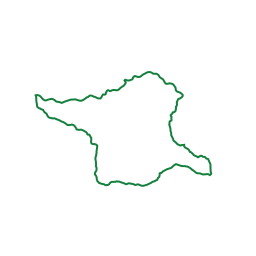 Chhubu, Punakha, Bhutan, rotated 125°
{"feature_id": "84629894B89279896100925", "entity_name": "Chhubu", "entity_type": "district", "adm_level": 2, "iso_a3": "BTN", "parent_name": "Bhutan", "parent_adm1": "Punakha", "projection": "natural_earth1", "projection_center": [89.837, 27.663], "detail": "fine", "context": "isolated", "style": "outline", "palette": "green", "viewbox_px": 256, "rotation_deg": 125, "n_neighbors": 0, "source": "geoboundaries", "source_scale": "gbopen_adm2", "svg_char_len": 5893}
<svg xmlns="http://www.w3.org/2000/svg" viewBox="0 0 256 256"><g transform="rotate(125 128 128)"><path d="M119.6,33.9L118.6,33.7L117.7,33.6L115.8,35.7L110.4,39.7L107.5,44.5L107.6,45.0L108.0,46.0L108.1,46.4L107.9,47.1L107.7,47.7L107.6,48.2L107.8,48.8L108.5,49.9L108.6,50.7L108.5,51.4L108.7,52.0L109.1,52.4L109.4,52.7L109.9,53.0L110.6,53.4L111.2,53.5L111.6,53.7L111.9,54.0L111.8,54.7L111.9,55.3L112.1,55.8L112.1,56.5L112.3,57.2L112.4,58.0L112.5,58.5L112.3,59.1L112.2,59.5L112.0,60.1L111.9,60.9L111.7,62.6L112.0,63.2L112.0,63.7L111.3,65.1L111.0,65.8L110.9,66.3L110.9,67.2L111.0,68.0L111.2,69.8L111.2,70.7L110.7,71.4L110.3,71.9L110.0,72.0L109.6,72.3L109.9,72.6L110.3,72.9L110.5,73.4L110.8,73.9L111.4,74.4L112.2,74.9L112.4,75.4L112.5,75.9L112.6,76.5L112.7,77.2L112.9,77.7L112.9,78.2L112.7,79.3L112.5,80.1L112.3,81.4L112.3,83.0L112.2,83.5L111.2,84.7L110.5,85.8L110.2,86.5L109.4,87.9L109.0,88.6L107.9,89.3L107.3,89.8L106.7,90.6L105.8,91.6L105.5,91.9L104.3,92.8L102.4,95.0L102.2,95.4L101.8,96.0L101.5,96.2L101.1,96.2L100.2,96.8L99.7,97.2L99.1,97.5L98.7,97.5L98.3,97.5L97.5,97.0L96.9,96.8L96.5,96.9L96.2,97.1L95.3,98.1L94.3,98.5L93.8,98.9L93.6,99.6L93.3,100.2L93.0,100.4L92.4,100.4L90.9,99.9L90.4,100.0L89.9,100.3L89.6,100.3L88.8,99.7L88.4,99.2L87.8,99.0L87.1,99.0L86.5,98.9L85.3,99.6L84.6,99.7L83.4,100.8L83.0,100.9L82.2,100.9L81.8,100.9L81.0,101.2L80.7,101.3L80.3,101.6L79.3,102.6L78.7,102.8L78.2,103.0L77.1,103.1L76.2,103.4L75.6,103.4L74.9,103.1L74.5,102.7L74.1,102.4L73.7,102.3L73.1,102.1L72.2,101.7L71.5,101.5L70.8,101.5L70.2,101.7L69.7,102.0L69.5,102.3L69.1,104.5L69.2,106.0L69.7,107.7L70.0,108.6L69.9,109.5L69.5,110.6L67.7,112.2L67.0,114.1L66.6,115.1L66.4,116.1L66.4,116.8L67.0,118.4L67.5,119.5L68.4,120.4L69.0,120.8L69.6,121.7L70.0,122.6L69.6,124.0L69.0,125.2L68.5,126.2L68.1,127.2L68.1,128.2L68.2,129.5L68.2,130.7L68.0,131.6L67.3,133.0L67.1,133.9L67.2,135.4L67.5,136.3L68.4,137.4L69.0,138.3L69.1,140.5L69.5,142.0L70.7,143.6L71.3,144.1L73.3,145.1L75.4,146.3L78.5,147.2L79.2,147.6L80.1,148.4L80.7,149.6L81.0,150.7L81.4,152.0L82.0,152.5L82.8,152.7L83.8,152.8L85.0,152.4L85.6,152.4L86.5,152.9L87.9,153.9L88.9,154.9L89.4,155.8L89.5,156.2L89.7,156.8L89.8,157.4L90.1,157.9L91.0,158.2L91.5,157.3L91.8,156.3L92.1,155.9L92.9,155.6L94.4,155.7L95.6,155.7L96.8,156.2L98.6,156.9L99.5,157.2L100.7,157.4L101.7,157.6L102.4,157.9L103.2,158.4L104.0,159.6L104.2,160.0L104.6,161.0L105.4,161.9L106.3,162.7L106.7,163.0L107.5,163.3L107.9,163.6L108.4,165.7L108.6,166.1L109.5,166.5L110.9,166.4L112.0,166.3L112.6,165.8L113.1,165.7L113.5,166.0L114.1,166.3L114.4,166.9L114.5,167.3L114.9,167.6L116.3,167.7L117.6,167.5L118.8,167.4L119.5,167.5L120.0,168.0L120.5,168.8L121.0,169.9L121.5,173.0L122.0,174.1L122.2,175.6L122.5,176.7L122.8,177.2L123.3,177.8L124.2,178.2L125.5,178.5L126.4,179.2L127.4,179.6L128.4,179.9L130.8,180.8L131.6,181.3L131.9,181.6L132.4,181.8L133.0,182.7L133.6,183.9L134.7,187.5L135.6,188.6L136.4,189.6L137.3,190.8L138.4,191.9L139.7,192.7L141.8,194.4L143.0,195.1L143.8,195.7L144.9,196.2L145.6,196.9L145.7,197.9L146.4,199.8L146.8,200.5L147.3,201.4L147.5,202.5L147.2,203.9L147.3,204.8L147.4,205.9L148.0,207.4L149.2,208.5L150.5,209.6L151.5,210.3L152.3,210.9L152.8,211.5L153.2,212.4L153.2,213.9L153.0,215.2L152.6,216.7L152.4,217.6L152.3,218.7L152.5,219.7L152.7,220.6L153.4,221.7L154.2,222.4L154.8,221.5L155.4,220.9L156.2,220.3L157.5,219.3L159.1,218.0L160.4,216.6L161.6,215.6L162.4,214.7L162.8,214.2L162.8,213.0L162.8,212.1L162.5,211.3L162.4,209.7L162.0,208.5L161.9,207.9L162.1,207.5L162.4,206.9L162.7,206.2L163.0,205.4L163.0,203.5L163.1,202.8L163.5,202.0L164.0,201.4L164.2,200.7L164.6,199.8L164.7,199.1L164.6,198.3L163.4,195.2L162.9,194.7L162.2,193.7L162.0,192.8L161.7,191.3L161.3,189.5L161.0,188.5L160.9,187.0L160.7,185.8L160.2,184.1L160.2,182.5L160.1,181.3L160.2,180.2L160.2,179.2L159.6,178.2L159.1,177.5L157.7,176.3L157.1,175.2L156.9,174.3L156.9,173.4L157.1,172.4L157.9,170.4L158.5,169.6L158.5,169.0L158.3,168.5L157.9,167.5L157.6,167.1L156.5,165.8L156.1,165.1L155.9,164.3L155.7,163.2L155.5,161.5L155.4,160.0L155.7,158.6L156.0,158.2L156.4,157.8L156.4,157.4L156.4,156.9L156.1,156.6L155.8,156.1L155.7,155.8L156.0,155.0L156.7,153.9L156.8,153.3L157.1,152.6L157.8,152.0L158.7,151.3L160.7,150.3L161.1,149.8L161.4,149.3L161.5,148.8L161.5,148.1L161.3,147.6L160.8,146.8L159.9,145.1L159.9,144.5L160.0,143.3L160.3,142.9L160.8,142.6L161.8,142.1L165.3,140.3L166.4,139.5L166.8,139.3L167.1,139.2L167.7,139.0L168.2,138.6L168.7,138.3L169.2,138.3L169.7,138.1L170.2,137.8L170.8,137.7L171.4,137.4L171.9,137.1L174.0,135.0L174.7,134.5L175.1,134.1L175.5,133.8L176.5,133.0L177.4,132.6L177.7,132.3L178.7,130.9L179.7,130.2L180.5,129.7L181.0,129.5L181.4,129.4L181.8,129.4L182.4,129.4L183.0,129.4L183.8,129.2L184.3,129.0L184.7,128.7L185.0,128.4L185.1,128.0L185.3,127.4L185.6,126.5L186.5,125.3L187.5,124.5L187.8,124.3L188.3,123.6L188.5,123.3L188.8,122.9L189.1,122.6L189.2,122.1L189.2,121.1L189.6,120.5L189.6,119.9L189.2,119.1L189.1,118.4L188.8,117.6L188.5,116.8L188.3,116.4L188.0,115.7L187.8,115.2L187.8,113.9L187.4,113.1L186.8,112.6L186.2,111.9L185.9,111.6L184.9,111.2L183.8,111.2L182.8,111.1L182.4,110.9L182.0,110.8L181.4,110.3L180.9,109.6L180.5,109.1L180.0,108.5L179.7,107.9L179.5,107.6L179.1,107.3L178.6,107.1L178.3,106.8L178.0,106.2L177.6,105.4L176.9,104.4L176.4,102.1L176.0,101.2L175.5,99.2L175.1,97.2L172.9,95.7L172.1,94.1L171.0,91.7L170.6,89.5L168.5,87.6L168.1,86.4L167.6,84.1L166.6,82.3L163.8,80.0L161.0,78.4L159.8,77.7L158.9,77.4L157.7,76.8L156.6,75.9L155.7,75.4L154.2,74.7L153.6,74.3L152.3,74.7L151.6,74.8L150.7,74.4L150.2,74.4L149.2,74.7L148.4,75.1L147.6,75.6L147.2,76.0L146.8,76.0L145.5,74.8L143.5,74.5L139.4,72.4L136.9,70.5L136.2,69.9L133.6,69.2L132.1,68.9L130.1,68.0L128.4,62.2L126.6,59.5L125.4,56.8L125.2,54.9L125.2,52.6L125.5,51.0L125.3,50.7L125.4,48.4L125.6,47.1L125.4,45.6L124.9,44.6L123.9,43.0L123.5,41.5L123.2,40.2L121.7,38.2L120.4,36.8L119.8,35.8L119.6,33.9Z" fill="none" stroke="#15803d" stroke-width="2"/></g></svg>